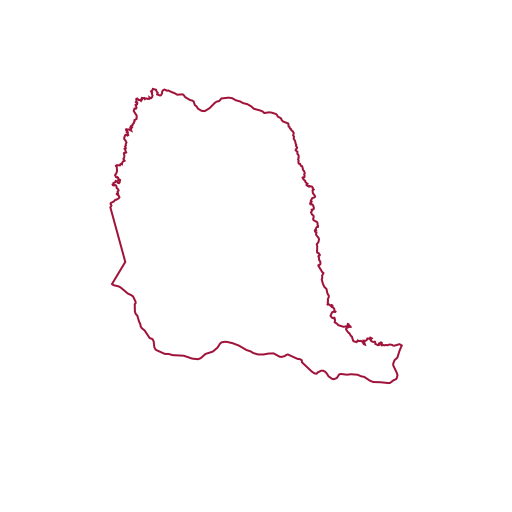 outline of Cacahual, Guainía, Colombia, rotated 121°
{"feature_id": "7082276B48982003363918", "entity_name": "Cacahual", "entity_type": "district", "adm_level": 2, "iso_a3": "COL", "parent_name": "Colombia", "parent_adm1": "Guainía", "projection": "natural_earth1", "projection_center": [-67.671, 3.445], "detail": "fine", "context": "isolated", "style": "outline", "palette": "rose", "viewbox_px": 512, "rotation_deg": 121, "n_neighbors": 0, "source": "geoboundaries", "source_scale": "gbopen_adm2", "svg_char_len": 6130}
<svg xmlns="http://www.w3.org/2000/svg" viewBox="0 0 512 512"><g transform="rotate(121 256 256)"><path d="M163.5,421.1L164.8,420.4L166.5,420.2L167.4,420.4L167.9,421.1L168.4,424.0L166.8,424.2L166.2,425.9L165.0,427.3L165.9,430.5L167.3,430.2L168.9,430.8L169.2,430.4L169.2,429.3L170.6,428.8L171.6,427.4L173.3,426.9L174.7,427.2L175.0,427.6L174.9,429.0L175.7,428.3L176.2,428.3L177.1,429.7L177.5,431.4L178.8,432.1L178.1,433.2L178.9,434.1L179.2,435.2L179.7,435.2L180.3,434.3L182.2,434.4L181.7,435.6L182.7,436.5L182.2,439.0L183.1,439.5L184.7,438.3L186.1,438.2L186.2,437.7L185.7,437.0L185.9,436.5L187.3,436.1L188.6,437.0L190.1,435.1L191.0,434.7L191.6,434.8L192.2,436.1L194.7,435.5L197.1,430.6L200.0,429.0L202.3,430.2L203.2,429.4L204.3,429.6L205.3,429.1L206.5,429.6L207.6,429.1L208.6,430.0L210.5,430.0L210.7,429.7L209.7,429.2L209.7,428.5L211.7,428.8L212.8,427.5L212.9,430.1L213.8,431.0L213.9,432.2L214.4,432.6L215.0,432.2L215.0,431.0L216.4,430.6L216.0,429.5L217.4,428.9L218.2,427.8L219.0,428.2L218.9,429.8L219.7,430.4L222.8,429.8L223.8,428.8L224.2,427.4L225.4,425.5L227.2,425.3L228.1,424.5L229.6,424.7L230.5,423.2L231.9,423.8L232.3,422.6L233.3,421.9L234.1,420.6L234.6,420.8L235.5,422.1L236.0,422.2L237.8,420.5L239.4,419.7L241.1,419.7L242.0,417.7L243.7,418.8L245.5,418.6L246.5,418.1L246.8,419.4L247.4,419.6L248.4,419.3L249.9,422.2L250.9,422.5L251.3,421.3L254.8,418.8L257.3,418.3L259.2,418.5L260.5,416.6L260.4,415.9L259.8,415.5L259.9,414.5L261.9,413.0L261.6,412.4L260.8,412.3L260.8,411.7L263.2,410.8L264.1,410.9L264.4,411.8L264.4,412.5L263.5,413.1L263.9,414.9L265.3,414.7L266.9,415.8L267.8,415.0L268.6,415.7L269.0,415.2L268.8,414.1L267.7,413.2L267.6,412.6L268.0,411.6L269.5,410.4L269.8,408.5L270.7,407.5L272.1,407.8L273.5,406.4L274.3,407.4L274.6,407.3L275.2,404.3L276.0,403.3L277.2,403.4L279.9,404.8L280.2,405.5L282.5,406.0L285.3,407.7L286.2,407.6L287.2,405.9L289.3,405.9L328.4,365.0L354.2,365.0L354.4,363.2L352.8,358.1L352.7,355.8L354.2,346.5L353.8,342.8L354.0,340.5L357.1,335.8L358.5,334.9L359.8,335.1L366.0,331.2L367.6,329.3L368.2,327.1L372.5,322.4L374.1,319.9L375.7,318.7L376.7,316.7L377.2,313.1L381.1,304.9L380.6,302.2L381.1,300.8L382.3,299.4L386.5,296.2L387.6,294.6L388.0,293.1L386.9,283.8L384.9,280.3L384.0,276.6L378.7,266.6L376.8,257.8L374.3,252.5L372.1,250.8L365.9,248.8L360.7,244.2L359.7,243.6L354.3,241.8L349.7,241.7L347.8,241.1L345.5,238.4L344.5,236.4L342.8,231.2L341.6,224.5L341.5,215.7L340.5,211.4L340.6,208.4L339.4,203.7L336.6,198.9L333.2,195.1L330.4,190.7L330.1,183.6L329.2,182.0L327.0,179.8L325.2,179.1L324.0,178.0L322.8,167.4L321.9,165.6L321.7,163.4L322.3,162.6L323.4,162.0L326.3,148.8L326.5,145.8L326.0,143.9L325.1,143.2L324.1,143.2L320.6,140.9L319.7,139.2L319.6,137.1L320.2,135.0L321.8,131.8L322.1,127.3L321.5,125.8L319.0,123.9L314.7,123.7L313.5,122.7L310.9,116.9L308.3,113.5L305.4,107.6L305.0,104.0L303.9,101.0L304.2,94.1L303.6,90.5L300.1,84.3L296.6,76.8L295.7,75.7L291.6,74.1L289.4,72.5L288.0,72.5L285.3,73.3L283.0,76.0L279.3,81.8L277.8,82.9L274.1,83.6L270.3,82.5L263.2,84.2L257.6,85.0L257.7,87.6L261.6,91.2L262.2,92.3L262.1,93.7L263.2,96.1L264.7,97.2L265.3,98.8L266.4,99.8L266.7,101.0L267.8,102.1L267.6,103.0L265.7,103.3L265.7,104.4L266.3,104.8L266.9,104.5L267.7,105.5L269.0,104.8L269.6,105.5L269.9,108.5L268.4,109.5L268.2,110.0L269.3,111.2L269.6,113.4L268.8,114.8L267.0,114.3L267.1,116.0L268.5,115.8L269.0,117.6L269.4,118.1L270.6,117.8L272.2,118.3L273.1,120.1L275.8,117.0L276.0,118.3L274.7,120.6L274.7,122.4L276.0,124.0L276.0,125.3L278.0,125.4L278.8,128.3L278.6,129.1L275.7,132.3L275.5,133.8L274.2,136.0L274.1,137.5L272.6,140.9L271.9,141.3L271.1,141.2L268.7,139.7L268.1,138.4L267.7,138.7L267.7,140.3L266.8,141.5L267.0,142.3L268.5,141.7L269.4,141.9L271.6,144.5L272.9,149.8L272.3,151.7L272.3,154.4L270.1,155.3L268.6,156.9L268.7,157.3L269.5,157.5L269.8,158.9L268.9,161.3L265.2,161.8L263.8,160.8L263.2,159.3L262.8,159.2L262.5,160.6L260.9,161.8L260.5,163.1L260.6,164.4L259.3,164.7L259.0,165.2L259.1,165.8L260.4,165.6L259.9,167.8L260.0,168.6L260.7,169.3L260.6,169.8L259.4,169.9L258.6,170.8L257.5,171.0L256.2,172.1L253.7,172.5L252.6,173.1L251.3,175.5L247.9,178.7L247.3,181.5L245.3,184.4L242.2,187.6L240.8,187.8L238.8,189.2L235.9,189.4L235.6,191.1L232.2,197.6L231.6,197.7L230.4,196.7L229.6,196.7L227.6,198.1L226.9,199.9L225.2,200.9L224.4,202.2L223.6,202.4L222.8,201.7L222.2,201.8L221.3,203.8L221.6,205.1L221.2,205.7L216.3,208.4L214.6,210.0L212.1,209.6L209.2,210.6L208.3,211.6L207.1,215.0L206.5,215.7L204.9,216.2L204.7,217.8L203.9,218.7L203.2,218.7L202.9,217.8L202.1,218.7L200.6,218.9L199.9,218.8L199.1,217.9L198.1,218.4L197.7,219.2L196.1,220.2L195.5,221.1L195.6,225.2L194.8,226.2L193.0,226.5L191.8,227.6L191.5,229.6L190.1,231.4L188.2,231.3L187.6,232.1L186.4,230.9L185.7,230.8L184.3,231.7L182.9,233.7L182.9,234.6L183.6,235.5L183.3,236.6L182.6,236.7L181.9,236.2L181.4,236.9L180.6,236.5L180.2,237.5L177.6,237.6L175.6,236.1L174.7,235.9L173.8,237.0L172.9,239.6L170.8,241.2L169.3,240.8L169.1,242.1L168.2,242.5L167.7,243.8L168.6,246.4L169.1,246.1L169.3,246.4L169.2,249.1L168.7,249.5L167.6,249.1L167.2,251.7L166.2,252.6L165.9,254.9L165.1,255.5L164.9,256.4L164.4,256.3L164.1,255.4L163.4,255.1L161.6,256.1L161.3,256.7L159.8,256.9L158.5,258.4L158.1,259.8L155.3,262.6L155.5,264.1L154.3,265.7L154.8,266.6L154.6,267.2L153.7,268.1L152.5,268.4L151.5,269.7L150.5,269.7L150.0,270.2L148.8,270.5L147.5,271.8L147.1,273.2L145.3,274.2L145.0,276.4L144.1,276.8L143.0,276.4L141.9,276.6L140.9,278.5L139.8,278.9L139.5,279.7L137.2,281.8L136.1,284.1L134.1,284.9L133.5,286.3L131.3,286.9L130.2,288.7L130.0,290.5L129.2,291.3L129.2,292.5L128.1,293.9L128.2,294.7L125.8,296.6L126.8,302.2L126.2,304.1L125.1,305.6L125.3,309.0L124.3,310.7L124.0,312.0L125.0,316.3L125.9,318.5L129.2,322.6L128.7,324.8L129.1,327.3L130.9,333.6L130.2,337.3L130.3,341.6L131.6,345.8L131.7,349.2L132.9,353.4L133.0,357.7L134.4,361.1L138.8,366.8L142.1,367.3L144.0,369.3L146.0,370.2L153.1,371.9L157.8,374.3L159.0,375.9L159.6,377.6L159.6,381.6L158.4,384.0L158.1,386.2L155.6,389.1L155.6,390.5L156.3,393.0L156.3,398.5L155.4,400.6L155.2,402.1L158.3,406.6L158.4,410.4L158.8,411.4L159.3,416.5L160.2,417.4L160.4,420.1L161.9,421.1L163.5,421.1Z" fill="none" stroke="#9f1239" stroke-width="2"/></g></svg>